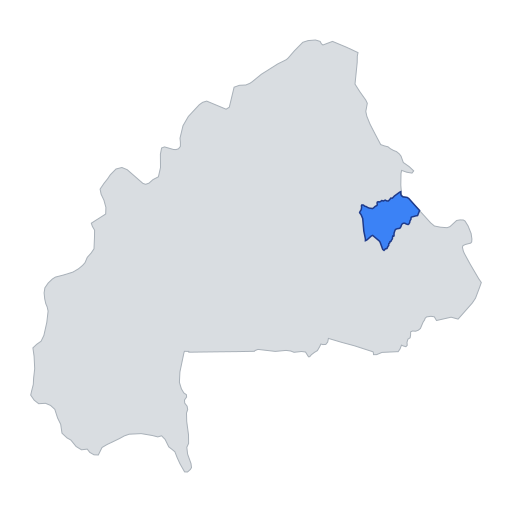 Komondjari highlighted on a map of Burkina Faso
{"feature_id": "BFA-2875", "entity_name": "Komondjari", "entity_type": "Province", "adm_level": 1, "iso_a3": "BFA", "parent_name": "Burkina Faso", "parent_adm1": "", "projection": "equal_earth", "projection_center": [0.776, 12.701], "detail": "fine", "context": "in_parent", "style": "filled", "palette": "blue", "viewbox_px": 512, "rotation_deg": 0, "n_neighbors": 0, "source": "natural_earth", "source_scale": "10m", "svg_char_len": 4514}
<svg xmlns="http://www.w3.org/2000/svg" viewBox="0 0 512 512"><path d="M396.7,351.7L382.0,352.4L376.7,354.6L373.5,354.6L373.4,352.8L373.0,351.8L354.5,345.8L341.5,342.3L328.4,338.4L327.7,342.0L325.8,344.4L322.9,344.6L320.9,344.0L319.6,346.8L317.4,350.6L314.4,352.4L311.4,354.7L309.7,356.7L308.5,356.8L305.5,352.0L301.5,351.5L294.0,352.3L290.7,351.0L286.1,350.4L275.3,351.4L258.0,349.4L255.1,350.5L254.4,351.3L237.2,351.6L218.4,351.8L202.6,352.0L188.8,352.2L188.8,351.4L184.4,351.3L183.9,352.9L179.9,372.0L179.4,382.4L181.4,388.9L183.8,392.9L186.4,394.7L186.6,397.0L184.5,400.0L184.7,403.1L187.1,406.2L187.7,409.5L186.5,413.0L186.7,421.4L188.5,434.8L188.6,443.4L186.8,447.3L187.6,454.1L191.0,463.6L191.5,467.6L190.3,469.5L187.5,472.0L184.6,471.9L181.3,466.1L179.9,463.6L177.2,457.7L174.9,451.8L171.8,449.2L168.8,446.9L165.1,439.4L161.6,435.8L157.8,436.9L152.3,435.5L141.2,433.6L129.2,434.2L124.3,435.9L119.4,438.6L106.9,444.6L102.0,447.5L98.3,455.0L94.0,454.8L89.8,452.4L87.2,449.1L81.5,449.8L76.1,446.5L70.8,440.0L67.0,437.9L62.0,433.2L60.7,424.3L57.6,418.0L54.8,409.3L50.5,405.4L45.5,403.3L38.7,403.7L34.2,400.2L30.7,395.1L31.7,390.7L33.3,384.5L33.6,378.4L34.7,368.7L34.1,356.4L32.9,347.9L36.7,344.3L41.1,341.2L43.9,335.4L46.8,322.4L48.1,311.1L47.2,307.0L45.8,303.7L44.7,298.8L44.1,292.9L44.9,287.8L48.2,283.0L52.4,279.0L55.4,277.1L63.2,275.1L72.9,272.1L78.5,268.8L82.6,265.4L85.0,262.7L87.3,257.3L91.1,253.1L94.0,248.8L94.5,236.9L94.6,230.2L92.4,226.4L91.3,223.2L105.7,214.0L105.9,207.4L103.9,200.1L101.1,194.2L100.1,189.1L104.1,183.2L107.7,178.7L110.3,174.8L116.0,169.0L121.9,167.5L127.2,169.7L142.9,183.4L145.6,184.3L148.9,183.2L153.0,179.6L158.4,176.8L160.5,167.6L160.4,154.2L161.6,148.0L164.5,146.9L173.5,149.5L175.9,149.6L178.5,148.8L180.4,146.4L180.4,142.1L180.0,138.2L183.0,125.7L188.4,116.4L199.3,104.7L202.7,102.3L206.7,101.1L226.1,109.2L229.3,107.2L234.1,87.2L239.4,85.3L245.8,85.0L249.9,83.3L252.0,81.9L261.3,74.3L277.6,64.0L286.4,59.6L288.2,58.0L294.5,50.7L302.8,42.3L308.1,40.6L315.5,40.0L320.1,41.4L321.4,43.8L322.9,45.0L332.5,41.4L346.2,47.1L358.0,52.6L357.3,56.2L357.2,62.4L356.2,72.3L355.0,84.1L359.9,91.8L365.8,100.1L367.3,103.3L365.8,111.4L366.8,116.2L370.0,124.1L375.2,134.2L380.7,144.6L384.4,145.9L388.0,146.8L390.2,148.6L393.4,150.4L396.5,151.6L399.3,153.9L401.0,156.1L403.3,162.5L409.4,166.8L413.7,170.9L412.0,173.1L406.7,172.2L401.6,170.4L401.0,173.5L400.8,185.2L401.6,195.0L402.8,196.3L407.8,198.1L419.8,210.9L430.7,222.9L434.4,226.0L440.4,227.2L447.1,227.7L450.0,226.6L456.6,220.5L460.0,219.9L463.3,220.0L465.0,221.0L468.1,226.0L471.1,233.5L471.9,239.0L471.7,241.9L470.7,243.1L465.3,244.5L463.0,245.6L462.4,247.2L463.3,251.0L464.3,253.4L470.2,264.2L478.7,278.7L481.3,282.5L479.8,286.8L475.5,298.2L472.3,303.0L458.1,319.1L451.1,317.2L436.5,320.5L434.3,316.8L430.9,316.3L426.6,316.9L425.1,318.3L424.6,319.9L423.1,322.1L420.4,328.5L418.3,330.2L415.7,331.2L412.5,331.0L410.6,331.9L410.6,335.0L410.1,337.8L407.9,339.2L407.0,342.3L407.2,345.3L405.9,346.7L403.1,345.9L401.5,345.1L400.0,349.0L398.1,351.7L396.7,351.7Z" fill="#d9dde1" stroke="#a8b0b8" stroke-width="1"/><path d="M400.7,191.7L400.7,193.1L400.9,194.5L401.4,195.7L403.0,196.9L407.1,197.4L408.8,198.5L412.0,202.1L415.4,205.9L419.6,210.5L417.6,215.5L417.2,215.7L416.0,215.8L413.7,216.5L411.9,216.9L411.2,217.3L411.0,218.3L410.9,219.4L410.4,220.1L409.9,221.1L409.7,222.5L409.0,223.8L408.2,224.5L407.4,224.4L406.9,224.2L406.6,224.1L405.8,223.8L404.8,223.2L403.8,223.2L403.0,223.4L402.3,223.8L401.5,224.9L400.9,226.7L400.0,228.1L398.9,228.5L397.7,228.6L396.4,229.0L395.5,229.5L395.0,230.3L394.1,233.0L394.0,234.5L394.0,235.9L393.6,236.2L393.2,236.1L392.8,236.0L392.5,237.0L392.4,238.8L391.4,240.3L391.0,241.3L389.9,241.7L389.9,242.4L389.6,243.0L388.8,243.5L388.7,244.4L388.7,245.5L388.3,246.0L387.7,246.7L387.3,248.0L386.7,248.7L385.9,248.6L385.3,248.9L384.9,249.5L384.0,250.4L382.7,249.4L380.1,242.2L379.3,241.0L372.7,235.4L371.4,235.9L367.1,239.8L365.9,240.5L365.4,240.7L365.4,238.9L363.8,231.0L362.7,218.5L361.1,214.7L359.6,212.7L360.0,211.6L361.2,209.7L361.6,207.4L361.4,205.8L361.9,204.9L363.5,205.1L364.7,206.2L366.1,206.5L367.9,207.6L369.6,208.2L371.1,208.3L372.4,208.6L373.7,207.8L374.7,206.8L375.6,206.1L376.7,205.7L377.3,204.8L377.1,203.5L377.1,202.7L377.3,202.1L377.9,201.8L378.2,201.7L379.0,202.0L380.4,201.6L381.8,200.5L383.3,201.0L385.2,200.1L386.7,200.9L388.3,201.0L389.7,199.6L390.8,198.1L392.3,198.2L393.3,197.2L394.4,196.0L399.6,192.2L400.7,191.7L400.7,191.7Z" fill="#3b82f6" stroke="#1e3a8a" stroke-width="1.5"/></svg>